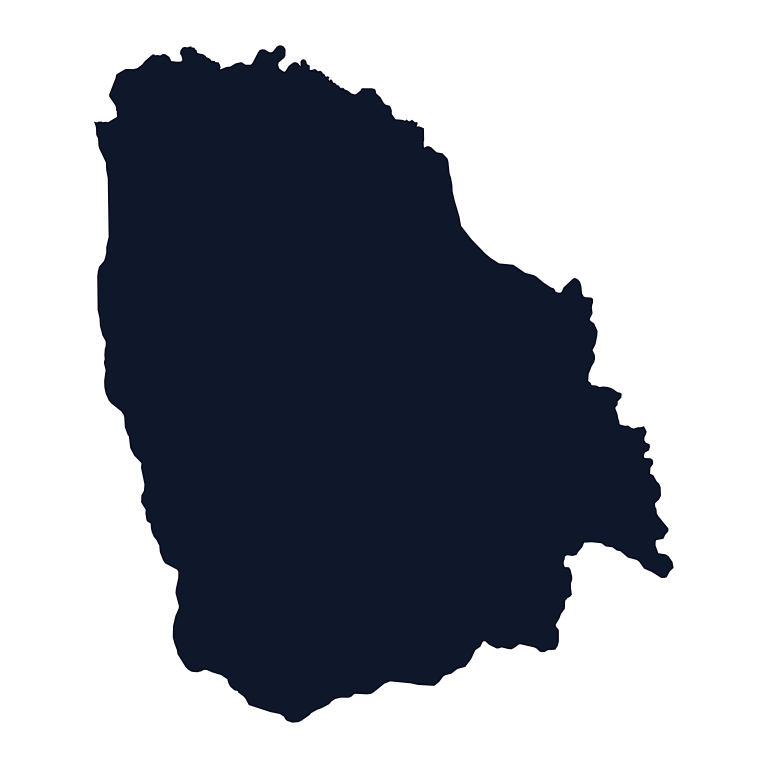 Guapi, Cauca, Colombia
{"feature_id": "7082276B333930671770", "entity_name": "Guapi", "entity_type": "district", "adm_level": 2, "iso_a3": "COL", "parent_name": "Colombia", "parent_adm1": "Cauca", "projection": "robinson", "projection_center": [-77.666, 2.419], "detail": "fine", "context": "isolated", "style": "filled", "palette": "ink", "viewbox_px": 768, "rotation_deg": 0, "n_neighbors": 0, "source": "geoboundaries", "source_scale": "gbopen_adm2", "svg_char_len": 5989}
<svg xmlns="http://www.w3.org/2000/svg" viewBox="0 0 768 768"><path d="M643.6,427.1L641.7,427.9L637.9,428.0L633.5,429.4L630.4,428.2L627.9,426.3L624.9,426.6L619.4,425.1L618.8,424.4L618.5,421.1L617.6,419.1L616.7,414.0L614.5,408.4L614.9,406.8L616.9,404.5L616.9,401.2L620.6,397.3L620.9,394.1L619.5,393.3L617.1,392.9L612.6,389.5L607.8,387.7L603.0,387.3L599.2,387.8L596.2,386.3L591.7,385.9L590.6,385.1L590.0,383.3L587.4,381.4L587.9,373.9L591.0,366.0L593.6,361.7L594.3,358.5L594.1,355.3L591.7,350.2L594.8,344.0L596.5,335.7L596.8,331.1L593.5,323.9L589.9,321.4L589.0,319.9L589.3,318.2L591.8,313.2L591.1,307.8L591.4,305.0L592.3,302.6L592.2,299.2L590.9,298.3L584.9,297.9L583.1,297.0L581.3,293.6L580.7,286.7L579.4,282.2L576.9,279.6L574.9,278.8L573.5,279.2L564.1,288.0L562.5,292.0L561.5,292.9L560.4,293.5L557.2,293.2L554.9,292.2L554.2,290.2L552.9,288.7L551.7,288.6L548.4,286.7L543.4,283.4L535.7,277.0L533.4,275.8L524.8,273.6L513.0,265.5L498.7,264.1L490.1,258.5L485.0,254.3L470.8,239.6L460.4,226.2L458.7,216.7L454.0,200.8L451.9,191.7L451.6,185.1L450.4,178.4L448.8,173.2L447.7,162.0L446.9,159.0L442.1,154.0L436.2,153.0L431.0,148.1L429.0,147.1L427.3,146.9L424.1,148.6L423.5,148.1L423.1,147.3L422.9,142.0L423.4,140.1L423.2,128.8L419.2,127.2L415.5,127.3L416.9,123.2L416.3,122.8L414.8,123.2L412.0,120.7L409.0,122.4L406.5,120.5L406.1,121.2L404.7,121.5L402.5,120.6L395.1,120.0L391.0,114.2L391.1,111.0L390.3,108.1L389.1,106.4L384.9,105.2L383.1,103.3L379.8,97.6L375.6,93.9L374.8,90.3L374.2,89.7L371.8,89.0L362.2,89.0L360.9,91.2L356.5,94.8L354.0,95.3L353.3,94.7L351.5,94.5L347.6,91.4L344.1,90.0L343.4,88.9L342.7,89.4L342.1,88.7L341.6,89.5L339.2,87.8L338.6,86.4L338.1,86.7L337.4,85.9L336.5,86.0L335.5,84.4L333.7,83.4L332.7,83.8L331.4,80.4L330.5,80.4L330.1,81.6L328.7,81.5L327.6,78.9L328.5,77.6L327.6,77.0L326.4,77.7L325.3,77.5L323.7,74.6L321.9,74.0L321.8,72.8L320.3,71.6L317.8,72.1L315.0,69.8L311.2,70.8L309.6,70.6L308.9,69.6L309.0,66.0L306.3,64.7L305.4,61.2L303.7,60.0L302.2,60.4L301.2,61.8L301.5,66.7L299.8,66.7L297.5,63.7L295.1,62.9L293.8,63.1L289.3,66.4L285.9,71.8L284.6,72.5L283.1,72.2L278.6,69.0L277.3,65.0L277.9,62.3L283.7,57.3L284.7,55.4L284.8,49.6L283.2,47.1L281.0,46.1L279.2,46.2L277.3,47.2L273.6,52.0L271.5,53.2L269.1,52.9L264.6,50.3L262.2,50.0L260.1,50.8L258.5,52.9L253.3,63.2L251.1,65.5L245.3,65.5L241.3,62.9L236.0,64.1L230.6,67.3L226.4,67.8L220.9,70.0L219.6,70.0L218.3,69.0L219.4,68.3L219.8,67.3L219.2,64.9L218.0,63.0L215.2,62.9L214.0,61.6L211.0,61.6L209.5,59.4L205.3,57.4L205.3,56.8L203.2,55.1L196.8,53.7L195.8,50.6L194.4,50.1L194.5,49.1L193.4,48.3L191.4,48.3L190.8,47.2L187.0,48.2L184.7,47.7L183.0,48.2L181.1,50.9L180.8,53.6L182.1,55.5L183.1,59.4L183.1,60.5L181.5,62.3L177.4,62.5L170.9,61.8L168.6,57.3L164.9,54.9L163.0,54.8L160.3,56.3L157.1,55.7L155.6,56.4L154.1,55.2L152.8,55.2L145.2,61.8L142.8,65.0L137.6,68.9L133.4,69.9L125.8,69.7L117.3,74.7L116.8,75.4L116.3,78.2L109.9,94.7L110.0,96.3L115.8,104.8L116.9,107.6L116.8,110.0L118.1,112.0L117.4,113.1L118.0,116.4L117.2,117.6L108.0,123.2L106.3,122.6L102.4,123.0L101.3,122.3L98.9,122.4L96.9,123.2L95.2,122.7L96.7,127.1L97.0,134.8L98.8,138.2L99.2,145.6L100.1,148.7L106.6,162.3L107.0,170.3L108.5,178.0L109.4,237.0L107.0,247.1L107.0,252.7L105.8,257.9L104.6,261.4L99.8,267.0L98.6,271.2L98.0,276.5L98.4,310.0L100.3,318.4L100.6,325.4L103.1,335.1L106.2,340.7L106.5,342.4L106.4,346.8L105.6,348.5L105.1,354.7L105.5,359.4L104.8,361.4L104.8,363.7L106.4,370.0L104.9,380.8L105.1,387.2L106.4,393.3L109.4,400.1L111.8,402.9L121.9,410.9L124.3,414.5L125.0,416.9L125.6,427.1L128.2,434.2L129.6,436.2L130.9,447.6L134.7,455.0L142.2,462.8L141.8,467.9L145.2,484.2L144.7,490.9L142.1,495.6L141.9,502.2L146.5,509.7L146.2,513.3L147.2,519.9L148.1,521.2L150.8,522.6L151.4,523.6L151.7,528.2L152.5,531.8L154.4,536.3L157.4,540.0L159.2,544.0L159.9,544.6L160.6,552.0L163.7,559.9L165.6,562.7L177.8,569.2L179.1,571.7L179.0,577.9L176.5,589.5L176.3,593.2L179.7,606.0L179.4,608.6L176.0,616.4L173.8,626.2L173.5,637.0L175.1,643.2L177.6,649.9L178.2,653.8L186.2,666.7L188.7,669.1L191.8,671.0L197.1,671.5L200.9,670.6L203.7,669.1L206.7,669.1L212.6,671.7L221.4,674.3L227.9,678.7L229.3,683.4L230.7,686.1L234.9,689.7L237.1,690.0L238.4,690.7L239.0,692.2L244.1,695.9L246.3,698.6L249.3,704.4L270.8,711.4L280.1,713.3L284.4,716.0L286.1,719.0L287.5,720.2L292.4,721.9L298.2,721.4L301.3,719.9L309.1,714.4L310.6,712.6L316.9,709.0L321.2,707.5L328.6,703.6L331.3,700.6L335.0,698.2L340.9,696.9L348.4,697.0L351.0,696.0L353.7,693.4L355.1,693.0L367.1,693.6L370.4,693.2L372.4,692.3L384.1,682.9L390.2,680.6L410.9,682.6L418.1,684.2L434.0,685.1L438.6,681.4L442.5,676.2L444.9,674.5L450.9,673.0L457.2,668.2L464.8,666.2L470.6,658.6L474.7,649.6L479.8,646.2L481.8,641.7L483.5,640.4L485.5,640.5L489.6,644.2L496.8,647.7L498.8,647.6L501.5,646.6L508.4,648.3L511.4,648.5L514.0,647.2L518.1,644.0L520.0,643.4L534.6,646.7L537.2,648.1L540.4,651.1L541.3,651.3L544.4,651.3L547.8,649.3L554.8,649.0L557.1,645.4L558.1,641.1L558.1,630.9L557.8,629.8L555.0,626.6L555.0,624.4L558.8,618.0L560.3,613.6L564.1,608.5L564.4,600.6L567.1,597.4L569.6,596.1L571.1,594.5L570.2,587.9L570.2,583.3L571.5,579.1L571.5,576.9L569.7,569.6L568.4,568.0L564.4,567.8L563.0,565.0L563.0,561.7L564.0,558.5L564.1,556.3L566.6,554.4L572.5,555.2L576.1,554.2L577.5,551.6L581.6,546.8L583.6,541.9L591.6,541.5L600.8,542.4L602.6,543.0L605.8,545.7L612.8,546.6L617.1,549.8L620.9,550.6L628.2,556.9L637.2,559.3L639.6,561.1L644.6,568.0L652.1,571.3L661.5,577.2L664.4,577.2L666.2,576.5L669.2,570.9L672.8,567.5L671.8,562.3L668.1,556.9L665.6,555.1L657.8,553.9L654.8,545.7L654.9,541.3L655.8,539.4L662.8,538.2L664.6,534.4L667.5,531.1L667.7,528.8L657.8,516.7L656.1,513.8L655.7,509.1L654.5,507.1L654.2,503.8L654.5,502.8L658.4,499.0L660.2,495.7L659.9,487.4L658.5,484.2L656.0,481.7L652.8,475.8L649.9,474.5L649.3,473.7L649.7,467.3L652.3,463.9L652.4,461.7L651.9,460.1L650.2,459.0L644.4,458.8L643.2,457.1L643.1,455.2L644.4,451.9L648.2,450.0L649.2,446.9L648.9,444.7L645.3,443.3L643.6,440.6L643.7,437.0L645.2,434.2L645.9,431.8L643.6,427.1Z" fill="#0f172a" stroke="#020617" stroke-width="1.5"/></svg>